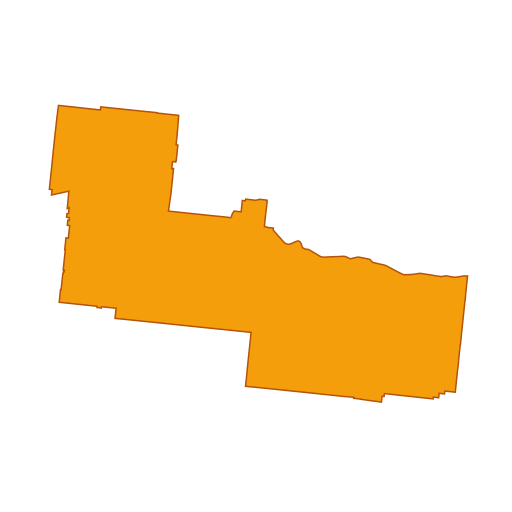 Chittering, Western Australia, Australia (Albers equal-area conic projection), rotated 96°
{"feature_id": "25037944B8066772871928", "entity_name": "Chittering", "entity_type": "district", "adm_level": 2, "iso_a3": "AUS", "parent_name": "Australia", "parent_adm1": "Western Australia", "projection": "albers", "projection_center": [116.041, -31.358], "detail": "fine", "context": "isolated", "style": "filled", "palette": "amber", "viewbox_px": 512, "rotation_deg": 96, "n_neighbors": 0, "source": "geoboundaries", "source_scale": "gbopen_adm2", "svg_char_len": 5333}
<svg xmlns="http://www.w3.org/2000/svg" viewBox="0 0 512 512"><g transform="rotate(96 256 256)"><path d="M253.8,43.5L253.9,44.8L253.9,45.6L253.9,46.0L254.0,46.3L254.1,47.0L254.2,47.6L254.6,49.0L255.1,51.0L256.1,54.7L256.2,55.1L256.3,55.5L256.3,55.9L256.3,56.3L256.3,57.0L256.3,57.6L256.3,58.1L256.2,60.1L256.0,62.3L255.9,64.1L255.9,64.6L255.9,65.2L256.0,65.5L256.1,66.0L256.3,66.6L256.4,67.1L256.8,68.4L257.0,69.1L257.1,69.5L257.1,69.8L257.1,70.1L257.2,70.3L257.1,70.5L257.1,70.9L257.0,72.4L256.7,79.0L256.6,79.7L256.1,89.6L256.0,90.2L256.1,90.7L256.1,91.0L256.2,91.4L256.7,93.7L257.0,94.6L257.6,97.3L258.1,99.3L258.2,99.9L258.3,100.4L258.5,102.2L258.8,104.3L259.1,106.1L259.1,106.5L259.1,106.8L259.1,107.1L259.0,107.4L259.0,107.7L258.9,108.1L258.8,108.4L258.7,108.7L257.9,111.0L256.7,114.0L256.5,114.4L255.8,116.3L252.2,125.2L252.0,125.8L251.8,126.5L251.7,126.8L251.7,127.2L251.6,127.5L251.0,132.5L250.2,138.7L250.2,139.0L250.0,139.3L249.9,139.6L249.7,139.9L249.5,140.2L248.2,141.5L247.7,142.1L247.5,142.4L247.4,142.8L247.3,143.2L247.0,146.4L246.4,153.1L246.4,153.4L246.4,153.7L246.4,154.0L246.4,154.3L246.5,154.6L246.5,154.9L246.6,155.2L246.7,155.5L247.1,156.7L248.7,161.3L248.7,161.5L248.8,161.7L248.8,161.9L248.8,162.3L248.7,162.7L248.6,163.0L247.8,165.1L247.7,165.4L247.5,165.8L247.4,166.1L247.4,166.5L247.3,166.8L247.2,167.2L247.2,167.6L247.2,168.0L247.1,168.3L247.2,168.7L247.2,169.1L247.2,169.5L248.0,174.4L248.4,177.4L249.3,183.6L250.0,188.1L250.0,188.5L250.1,188.9L250.1,189.3L250.1,189.7L250.1,190.1L250.0,190.5L249.9,190.9L249.9,191.2L249.8,191.6L249.7,191.9L249.6,192.3L249.4,192.7L247.3,197.1L246.5,198.9L246.0,200.0L244.3,203.7L244.2,203.9L244.1,204.1L244.1,204.3L244.0,204.5L244.0,205.0L244.0,205.4L244.0,205.6L244.0,206.2L244.0,206.4L244.0,206.7L244.0,207.0L244.0,207.5L243.9,207.8L243.8,208.0L243.3,209.6L243.1,210.0L242.9,210.3L242.6,210.6L242.3,210.9L242.0,211.1L241.8,211.2L240.8,211.6L239.7,212.1L239.4,212.2L238.9,212.5L238.7,212.6L238.1,213.0L237.8,213.3L237.5,213.5L237.2,213.8L237.1,214.0L236.9,214.4L236.8,214.6L236.7,215.0L236.7,215.4L236.7,215.7L236.7,216.0L236.8,216.3L236.8,216.5L237.0,216.9L237.8,218.4L238.1,219.0L238.9,220.4L240.4,223.1L240.5,223.3L240.6,223.5L240.7,223.8L240.8,224.0L240.8,224.3L240.9,224.6L240.9,224.8L240.9,225.1L240.9,225.6L240.9,226.0L240.8,226.5L240.6,227.2L240.6,227.4L240.6,227.5L240.5,227.8L240.3,228.1L240.2,228.4L240.1,228.7L239.9,228.9L239.7,229.2L239.5,229.5L238.4,230.7L237.4,231.8L235.7,233.7L234.1,235.5L229.0,241.0L228.7,241.2L228.4,241.4L228.1,241.6L227.8,241.7L227.4,241.8L227.0,241.8L226.7,241.8L226.4,241.7L226.4,246.7L225.8,250.7L225.7,250.7L222.1,250.8L216.6,250.8L201.3,250.6L201.2,250.7L199.4,250.7L199.4,250.8L199.3,252.4L199.2,258.5L199.5,258.7L200.6,262.2L200.5,272.2L202.2,272.3L202.2,275.4L213.6,275.4L213.6,282.5L215.1,283.3L216.3,283.9L217.1,284.0L217.3,284.1L217.6,284.3L217.9,284.3L218.2,284.4L218.4,284.3L218.5,284.3L219.2,284.5L219.4,284.6L219.7,284.7L220.2,285.0L220.4,285.2L220.5,285.2L220.4,293.7L220.5,306.5L220.5,322.8L220.5,347.8L220.4,347.8L219.5,347.7L218.0,347.7L216.5,347.6L215.1,347.5L213.8,347.5L212.8,347.5L211.4,347.4L209.9,347.4L205.6,347.2L203.5,347.1L202.2,347.1L201.5,347.1L200.2,347.1L199.4,347.1L197.8,347.1L196.4,347.1L194.7,347.1L193.7,347.1L192.9,347.1L190.7,347.1L189.3,347.1L187.0,347.1L185.6,347.1L185.2,347.1L182.3,347.1L181.4,347.1L180.6,347.1L179.7,347.1L179.1,347.1L178.9,347.1L177.6,347.1L178.1,348.9L177.8,348.9L172.3,348.9L170.9,348.9L170.9,345.7L169.9,345.7L169.9,345.3L162.0,345.3L160.4,345.3L157.5,345.3L153.8,345.3L153.8,347.1L145.7,347.1L138.1,347.2L124.2,347.6L124.2,369.2L123.8,369.2L123.9,402.6L123.9,408.1L123.9,426.0L127.0,426.0L127.0,433.2L127.0,433.5L127.0,433.8L127.0,441.0L126.9,446.8L126.9,463.3L126.9,468.2L136.5,468.4L141.3,468.5L143.0,468.5L146.6,468.5L147.0,468.5L157.4,468.6L164.4,468.6L193.8,468.5L196.8,468.5L200.6,468.5L204.2,468.5L205.3,468.5L211.3,468.5L211.3,465.8L216.2,465.8L216.3,465.8L216.7,465.8L216.6,465.4L211.1,448.9L211.5,448.9L219.1,448.8L228.4,448.7L228.6,448.7L227.5,446.9L233.7,446.9L233.8,446.9L233.7,446.9L233.6,448.4L237.2,448.5L237.3,447.7L237.3,446.3L237.3,445.6L240.2,445.6L240.1,446.9L245.2,446.9L245.2,444.5L247.3,444.5L257.8,444.5L257.8,446.9L263.2,446.9L269.8,446.9L269.9,446.3L283.9,446.3L290.1,446.3L290.2,445.0L291.8,445.1L291.7,445.8L292.3,445.9L293.3,446.0L294.6,446.2L294.5,446.3L295.1,446.3L309.8,446.3L309.8,446.9L322.6,446.9L322.6,427.8L322.6,426.4L322.6,421.7L322.6,421.0L322.6,416.1L322.6,413.8L322.6,408.7L323.8,408.7L323.9,404.4L322.6,404.4L322.6,398.7L322.6,389.6L329.0,389.7L332.8,389.7L332.7,375.6L332.7,371.0L332.7,367.1L332.7,366.9L332.7,362.1L332.6,330.6L332.6,299.4L332.5,275.8L332.5,262.5L332.5,252.9L339.0,252.9L348.6,252.9L362.8,252.9L375.2,252.8L386.7,252.8L386.6,244.5L386.5,193.7L386.5,175.3L386.5,155.4L386.3,144.0L387.3,144.0L387.4,136.6L387.6,136.6L388.2,116.0L382.3,115.9L382.3,113.9L379.4,113.9L379.5,97.3L379.6,64.8L377.8,64.9L377.9,59.5L373.4,59.5L373.5,54.1L370.6,54.1L370.6,43.6L369.6,43.6L366.8,43.6L356.8,43.6L356.7,43.6L350.5,43.6L347.2,43.6L344.9,43.5L342.8,43.5L335.9,43.6L332.4,43.6L330.5,43.6L328.3,43.6L323.4,43.6L322.8,43.6L322.7,43.6L322.4,43.4L313.1,43.5L308.7,43.5L302.7,43.5L290.8,43.5L277.7,43.5L277.7,43.4L274.1,43.4L274.0,43.5L254.1,43.5L253.8,43.5Z" fill="#f59e0b" stroke="#b45309" stroke-width="1.5"/></g></svg>